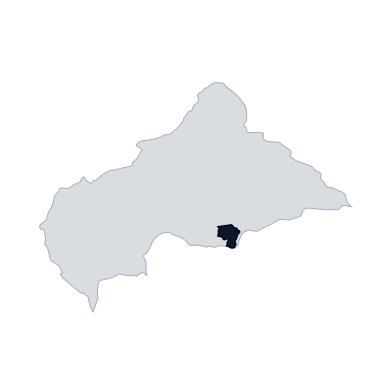 location of Gambo, Mbomou, Central African Republic, rotated 352°
{"feature_id": "33826404B57857240211029", "entity_name": "Gambo", "entity_type": "district", "adm_level": 2, "iso_a3": "CAF", "parent_name": "Central African Republic", "parent_adm1": "Mbomou", "projection": "orthographic", "projection_center": [22.185, 4.592], "detail": "fine", "context": "in_parent", "style": "filled", "palette": "ink", "viewbox_px": 384, "rotation_deg": 352, "n_neighbors": 0, "source": "geoboundaries", "source_scale": "gbopen_adm2", "svg_char_len": 5168}
<svg xmlns="http://www.w3.org/2000/svg" viewBox="0 0 384 384"><g transform="rotate(352 192 192)"><path d="M266.8,142.4L270.3,143.3L270.9,144.4L270.0,147.9L270.7,150.1L272.7,152.0L274.7,152.8L276.6,153.2L283.3,154.4L286.1,155.7L289.8,159.8L294.5,163.6L295.6,165.6L295.4,167.4L294.1,169.7L294.3,170.6L296.4,172.8L298.9,175.1L303.4,177.6L311.1,181.5L314.7,184.1L315.9,186.1L317.9,188.3L320.7,190.3L322.5,191.8L321.3,196.2L321.7,197.6L322.4,198.8L324.0,200.5L324.7,202.7L326.3,205.5L328.2,206.7L331.4,207.2L333.1,208.4L336.6,210.6L340.0,212.5L341.5,213.8L342.4,214.9L343.2,216.3L343.6,217.6L343.7,220.6L344.3,224.2L346.1,226.7L347.8,228.6L340.9,226.5L339.9,226.4L338.6,226.8L335.0,229.5L333.9,229.8L329.3,229.3L318.3,227.3L309.8,225.3L307.2,224.6L302.7,223.9L299.7,225.3L296.9,230.0L296.1,230.9L291.6,232.3L289.5,232.0L284.4,233.3L276.5,231.4L273.7,231.7L271.5,232.7L265.8,234.9L262.3,236.1L258.3,237.2L254.5,238.9L251.9,239.8L249.4,239.8L247.2,238.9L244.7,238.0L241.7,237.9L238.6,238.4L236.0,240.2L234.9,241.6L232.6,245.1L230.0,250.9L228.9,252.0L227.9,252.6L215.5,249.7L210.2,249.1L206.6,250.0L202.1,248.3L200.1,248.0L199.2,248.6L196.7,247.8L192.6,245.9L188.6,245.0L185.1,245.3L183.0,244.6L181.2,242.7L179.0,239.2L175.0,235.7L169.6,232.9L166.2,230.8L164.9,229.4L162.0,228.6L157.5,228.5L153.3,229.8L147.1,234.1L141.4,243.0L138.2,246.4L135.6,247.3L135.0,249.4L136.2,252.8L136.5,256.8L135.6,263.4L135.9,268.3L134.6,267.5L133.3,265.2L132.6,264.8L128.9,265.8L126.9,266.7L125.9,267.6L125.1,267.7L123.9,266.5L123.0,266.2L121.5,266.5L120.0,266.4L119.0,266.3L118.3,266.4L116.6,265.6L110.1,263.7L109.0,263.1L107.7,263.1L104.3,264.7L102.5,265.2L97.2,266.2L91.5,266.6L89.3,266.6L87.8,267.3L86.8,268.3L85.0,274.5L84.5,275.5L84.6,277.1L84.0,282.0L84.3,283.6L77.3,297.1L76.2,294.9L75.5,292.2L75.3,289.2L75.4,288.3L75.0,287.4L74.4,284.9L75.0,283.3L74.5,281.7L73.2,280.0L72.0,278.7L71.3,277.6L70.7,277.1L69.4,276.9L67.6,276.3L60.1,268.3L52.2,259.2L50.7,256.3L50.0,254.6L52.0,254.4L52.5,254.2L52.5,253.4L51.3,251.1L50.8,248.1L49.8,246.3L46.7,243.6L43.8,241.4L42.9,240.4L42.4,238.8L41.4,229.1L40.9,226.4L40.0,225.2L39.3,224.6L39.1,223.9L39.2,222.2L39.6,220.7L39.6,220.1L40.4,218.7L40.5,209.8L39.6,208.5L37.8,208.5L36.9,207.2L36.2,205.5L36.4,204.4L38.1,202.6L39.3,201.9L42.6,200.5L43.6,199.8L44.2,198.9L44.6,197.7L46.6,193.1L49.6,188.6L50.8,187.6L53.8,180.9L54.5,179.2L55.1,177.5L56.0,176.1L59.2,173.9L61.7,169.9L64.3,170.1L67.0,170.8L70.4,171.1L73.1,170.4L74.8,168.8L83.2,166.2L83.8,164.1L85.2,162.9L86.7,162.0L87.2,161.8L87.3,162.6L88.2,164.8L90.1,167.0L92.8,169.5L93.6,169.3L95.4,167.5L99.7,166.4L100.8,165.9L104.0,163.2L107.7,161.5L109.9,160.9L113.6,159.2L116.3,159.4L120.6,159.2L127.7,158.4L132.9,158.1L135.5,157.8L136.2,157.4L137.2,154.9L138.0,154.1L139.9,153.0L143.8,149.2L146.3,145.9L147.0,144.7L147.6,144.5L148.6,143.1L147.6,141.7L143.4,138.7L143.4,138.3L143.2,137.8L143.4,137.4L145.1,136.3L147.3,134.9L149.6,134.4L155.7,134.6L160.9,134.3L162.1,134.4L166.1,133.7L168.9,133.1L171.8,131.7L178.2,131.8L183.6,128.3L185.1,127.7L185.8,127.1L186.0,126.6L188.5,125.1L191.3,122.2L193.6,119.6L194.2,117.7L200.3,111.5L202.4,111.6L203.4,110.8L205.8,106.6L206.6,105.8L209.1,105.1L210.3,103.9L211.3,102.0L211.3,99.7L210.8,97.9L210.8,97.0L211.4,96.2L212.4,95.4L217.0,93.1L218.1,92.0L218.8,91.0L220.1,90.9L221.5,91.0L222.4,90.4L223.4,89.3L226.6,87.9L229.6,86.9L232.6,87.3L238.3,88.7L239.9,91.7L240.7,92.7L247.7,99.8L249.1,101.5L252.5,106.6L254.6,110.1L257.1,115.1L257.3,117.8L257.0,120.1L256.5,126.7L255.9,128.6L252.9,132.2L252.8,133.8L253.4,135.1L254.3,135.6L254.9,136.3L254.6,139.4L255.7,140.6L258.0,141.4L263.8,141.9L266.8,142.4Z" fill="#d9dde1" stroke="#a8b0b8" stroke-width="1"/><path d="M231.4,234.2L230.6,234.2L229.9,233.8L228.3,232.6L227.6,231.3L226.6,230.0L212.9,230.0L213.2,230.5L213.9,231.7L213.8,232.3L212.7,233.7L212.6,234.4L212.5,236.6L211.9,237.6L211.9,238.1L211.8,238.5L211.6,238.9L211.7,239.3L211.8,239.4L211.8,239.6L212.2,239.6L212.5,239.5L212.9,239.4L213.2,239.5L213.5,239.8L214.0,240.1L214.3,240.4L214.6,240.4L214.9,240.3L215.6,241.2L216.4,242.1L216.8,242.5L216.9,242.8L216.5,243.3L216.8,243.5L217.7,243.8L218.3,243.7L218.6,243.4L219.1,243.3L219.5,243.3L219.7,243.1L220.0,243.2L220.5,243.2L221.1,243.3L221.4,243.5L221.6,244.0L221.3,244.5L221.2,245.1L220.3,246.1L220.3,246.5L219.5,247.6L219.6,248.3L219.8,249.2L219.6,249.5L219.2,249.7L218.9,249.9L218.8,250.5L219.0,250.6L219.3,250.6L219.5,250.6L219.8,250.6L220.1,250.7L220.4,250.8L220.6,251.0L220.8,251.1L221.0,251.4L221.2,251.5L221.3,251.7L221.4,251.8L221.5,251.9L221.6,252.0L222.1,252.3L222.3,252.4L222.5,252.5L222.9,252.7L223.1,252.7L223.3,252.8L223.6,252.9L223.7,253.0L223.9,253.1L224.0,253.1L224.3,253.1L224.5,253.1L224.8,253.1L225.1,253.0L225.3,252.9L225.5,252.9L225.8,252.8L226.0,252.8L226.4,252.9L226.4,252.3L226.7,252.0L226.7,251.5L226.8,251.1L227.3,250.8L227.8,250.7L228.0,250.2L228.0,248.8L227.7,246.9L227.9,246.1L227.9,245.6L228.1,245.5L228.4,245.5L228.4,245.3L228.4,245.1L228.6,245.0L228.9,245.1L229.2,244.8L229.6,244.0L231.3,240.6L231.7,240.1L233.2,239.0L233.6,238.3L233.6,237.9L233.7,237.6L233.4,236.9L232.6,236.6L231.5,236.0L231.4,234.3L231.4,234.2Z" fill="#0f172a" stroke="#020617" stroke-width="1.5"/></g></svg>